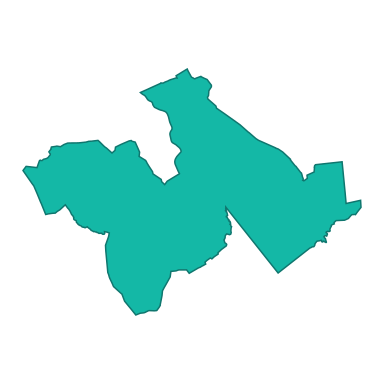 the district of Vecates pag., Burtnieku, Latvia
{"feature_id": "27541924B99627900345565", "entity_name": "Vecates pag.", "entity_type": "district", "adm_level": 2, "iso_a3": "LVA", "parent_name": "Latvia", "parent_adm1": "Burtnieku", "projection": "albers", "projection_center": [25.143, 57.793], "detail": "fine", "context": "isolated", "style": "filled", "palette": "teal", "viewbox_px": 384, "rotation_deg": 0, "n_neighbors": 0, "source": "geoboundaries", "source_scale": "gbopen_adm2", "svg_char_len": 5920}
<svg xmlns="http://www.w3.org/2000/svg" viewBox="0 0 384 384"><path d="M23.1,170.7L32.3,183.9L33.8,185.9L37.2,193.8L40.8,202.6L41.3,203.6L45.7,214.5L48.2,213.9L52.5,213.3L55.3,213.1L57.3,211.4L59.9,209.8L65.3,204.8L67.7,208.1L68.7,209.1L70.1,211.3L71.6,214.5L73.0,216.0L73.3,216.9L73.8,217.3L73.7,218.1L73.7,219.0L74.2,219.7L74.7,220.0L76.2,220.6L76.3,220.8L76.3,221.9L76.5,222.4L77.9,223.9L77.9,224.1L78.8,224.9L79.5,225.1L79.9,225.5L81.0,225.8L81.9,226.8L83.3,227.3L83.9,227.1L84.5,227.6L85.3,227.7L85.7,227.6L86.2,227.2L87.3,226.8L87.7,227.3L90.3,229.3L91.2,230.4L92.4,230.9L93.7,231.7L94.5,231.5L95.5,232.0L96.5,232.0L97.1,232.6L97.8,232.6L99.0,233.4L100.4,233.2L101.2,233.4L101.5,233.2L101.8,233.2L102.1,233.7L102.3,234.0L102.6,234.2L103.5,234.3L104.1,234.2L104.4,234.0L104.6,233.7L104.7,233.3L104.5,231.6L107.2,232.2L109.3,233.0L108.5,236.8L105.5,245.3L105.6,247.2L105.8,250.9L107.8,272.5L108.7,274.8L109.3,277.1L109.8,278.4L111.9,282.8L113.5,286.5L114.2,287.2L118.2,290.8L121.5,293.8L122.0,294.1L122.0,294.3L124.6,301.2L132.3,310.6L135.8,315.0L140.3,313.2L143.3,312.9L144.7,312.6L148.5,310.7L149.3,310.6L154.5,310.8L156.5,310.6L156.8,310.5L157.2,310.0L159.2,307.2L160.2,305.5L160.1,305.4L162.0,295.7L162.5,290.8L164.3,287.4L165.4,285.5L170.2,276.9L170.9,271.4L176.0,270.9L178.8,269.9L186.6,269.9L189.2,273.3L198.6,267.8L200.1,267.3L202.2,266.0L202.9,265.7L205.7,264.1L205.0,262.2L207.1,260.3L210.3,258.0L211.7,258.8L211.9,258.9L214.3,256.7L218.2,254.0L218.0,252.7L221.6,249.4L226.3,245.9L226.7,244.5L226.5,244.0L225.7,243.3L225.4,243.2L224.9,242.7L224.5,242.0L224.5,241.2L223.9,240.0L224.1,239.7L224.5,239.3L224.5,238.9L224.8,238.5L224.8,238.2L225.1,237.9L225.2,235.9L225.9,234.8L226.7,233.9L229.6,234.7L230.7,234.2L231.2,232.7L230.9,230.8L231.1,228.2L231.6,226.6L231.4,226.4L231.0,226.3L230.9,226.0L230.7,225.5L230.7,225.2L230.6,224.8L230.6,224.3L230.7,224.1L230.5,223.8L230.2,223.9L230.5,223.1L230.5,222.7L230.2,222.4L230.1,221.6L229.9,221.5L229.6,221.6L229.2,221.4L229.2,221.2L229.5,221.0L229.0,220.6L229.0,220.1L228.9,219.8L228.5,219.8L228.5,219.5L228.4,219.3L227.7,218.6L227.6,218.2L227.4,217.9L227.1,217.3L226.9,216.6L226.7,216.7L226.7,216.9L226.6,217.0L226.3,216.8L226.3,216.5L226.4,216.2L227.6,215.4L227.6,215.2L227.2,213.7L227.1,213.0L226.7,212.5L226.7,212.1L226.3,211.9L226.1,211.5L226.2,211.3L226.4,211.3L226.5,211.2L226.5,210.9L226.4,210.8L225.9,210.8L225.5,210.6L225.5,210.4L225.8,209.8L226.2,209.6L226.4,209.2L226.3,208.9L226.1,208.8L226.2,208.6L225.8,208.4L225.9,208.2L225.9,207.8L225.8,207.7L225.8,207.1L278.1,273.0L309.8,248.1L311.0,247.6L312.2,246.9L312.6,246.8L313.7,246.7L313.9,246.6L314.2,246.2L314.7,245.4L315.1,243.6L315.4,243.2L316.6,241.6L317.0,241.2L317.4,241.1L320.0,240.7L321.2,240.3L321.4,240.4L321.6,240.7L321.7,241.5L322.0,241.9L322.2,242.0L322.7,241.9L323.4,241.2L323.8,241.2L324.3,241.7L325.3,242.1L325.8,242.4L326.0,242.5L326.3,242.4L326.4,242.1L325.9,240.6L325.5,238.8L325.3,238.4L324.8,238.1L324.6,237.9L324.3,237.1L324.0,236.8L324.0,236.6L324.3,236.2L324.6,236.0L325.6,235.6L326.0,235.7L326.5,236.1L326.8,236.0L326.9,235.8L327.0,235.0L327.2,234.7L327.3,234.6L327.4,234.4L327.4,234.0L327.0,233.2L326.3,232.9L326.1,232.6L326.1,232.2L326.5,231.8L327.7,231.3L328.3,231.3L328.8,231.6L329.6,231.4L330.0,231.1L330.1,230.4L329.9,229.6L330.0,228.9L330.7,227.3L331.3,226.3L331.2,225.5L331.4,225.2L332.7,224.5L334.2,223.9L334.1,223.7L334.1,222.5L336.1,220.6L344.6,220.2L348.4,218.5L350.6,215.9L351.7,214.7L355.2,214.4L355.5,214.6L355.9,214.0L356.2,213.7L356.9,212.6L361.0,207.4L360.6,200.3L346.1,203.5L345.1,192.5L342.1,161.8L315.5,164.7L314.6,165.7L314.3,167.4L314.5,167.4L314.1,172.0L307.0,175.2L307.3,178.4L303.9,180.8L303.1,180.5L302.8,180.3L303.0,180.1L303.2,179.3L303.2,178.8L302.9,177.9L302.5,177.0L301.9,174.5L301.4,173.0L300.6,172.4L297.5,168.4L296.8,167.6L296.7,167.3L295.8,166.2L295.1,165.8L290.4,159.9L290.4,159.7L290.5,159.3L290.3,159.1L282.7,152.0L278.2,149.0L276.1,148.2L275.5,147.9L275.5,148.0L275.2,147.8L275.2,147.7L258.5,140.3L255.9,138.6L248.9,132.5L248.6,132.4L239.9,124.7L224.9,114.0L217.1,108.6L216.6,108.4L215.9,106.0L207.9,99.0L207.8,98.7L207.5,97.1L208.5,95.7L208.9,90.7L211.4,86.8L211.4,85.2L207.1,79.5L204.1,78.2L201.5,76.9L201.2,76.9L201.1,76.6L200.9,76.4L196.2,78.1L194.8,78.8L194.5,78.8L193.3,78.1L193.1,77.9L191.5,77.2L188.2,71.2L187.4,69.5L187.2,69.0L176.1,75.7L177.0,78.0L176.5,77.9L175.9,78.0L170.2,79.8L169.1,80.3L167.8,81.0L164.9,82.1L163.4,83.0L162.2,83.1L160.9,82.9L160.7,83.3L140.4,92.5L141.5,93.5L143.1,94.6L144.2,95.2L145.0,95.8L146.3,97.5L147.7,99.7L149.4,100.9L150.5,101.3L151.3,101.7L151.9,102.2L152.3,102.7L152.8,104.5L153.2,105.4L154.0,106.6L154.5,107.3L159.0,109.5L160.7,110.1L162.7,110.6L165.2,111.6L165.8,112.0L166.8,113.1L167.2,113.7L167.6,114.6L168.2,116.0L168.6,117.3L169.7,121.9L170.4,123.7L171.8,126.8L172.0,127.5L172.0,128.3L172.0,128.8L172.0,129.2L171.6,129.9L170.6,131.5L170.1,132.8L169.9,133.9L170.0,135.0L171.2,140.5L171.4,141.1L172.0,142.2L172.4,142.6L172.8,142.9L175.9,144.7L177.7,146.3L178.8,147.2L179.7,148.1L180.3,148.9L180.9,150.3L181.1,151.1L181.1,151.4L180.9,152.0L178.1,155.1L176.8,156.6L175.5,158.8L175.1,159.9L174.8,161.3L174.8,162.2L175.0,163.6L175.4,164.8L177.9,170.6L178.6,172.1L179.5,173.6L179.4,173.8L167.2,181.2L164.7,184.6L161.7,181.7L161.2,179.4L153.0,173.9L152.5,171.6L149.0,166.3L147.1,163.2L146.4,161.7L145.6,160.4L139.1,156.4L139.6,152.1L135.2,142.1L132.1,141.3L131.2,140.5L128.9,141.0L121.0,144.4L115.5,147.1L115.0,150.4L112.0,153.0L106.4,148.0L105.3,147.3L103.8,146.0L99.5,141.7L98.0,140.4L91.4,141.2L88.8,141.3L86.0,142.1L78.6,142.9L69.8,143.0L67.6,143.1L64.0,144.5L60.5,146.7L56.9,146.1L55.5,146.4L51.4,147.0L50.9,148.7L51.1,149.0L48.9,151.8L49.2,152.5L50.3,153.9L50.3,154.1L50.2,154.8L48.0,157.6L47.1,158.2L45.9,158.7L43.5,159.3L42.0,160.6L40.7,160.5L40.4,160.2L39.6,160.5L39.3,161.1L37.0,167.6L26.4,166.4L26.1,166.4L23.0,170.5L23.1,170.7Z" fill="#14b8a6" stroke="#0f766e" stroke-width="1.5"/></svg>